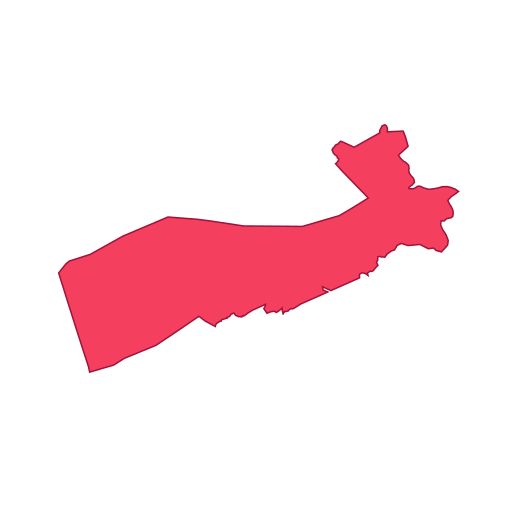 outline of Guadalupe de Ramírez, Oaxaca, Mexico, rotated 145°
{"feature_id": "50627088B13061406878483", "entity_name": "Guadalupe de Ramírez", "entity_type": "district", "adm_level": 2, "iso_a3": "MEX", "parent_name": "Mexico", "parent_adm1": "Oaxaca", "projection": "albers", "projection_center": [-98.186, 17.755], "detail": "fine", "context": "isolated", "style": "filled", "palette": "rose", "viewbox_px": 512, "rotation_deg": 145, "n_neighbors": 0, "source": "geoboundaries", "source_scale": "gbopen_adm2", "svg_char_len": 2771}
<svg xmlns="http://www.w3.org/2000/svg" viewBox="0 0 512 512"><g transform="rotate(145 256 256)"><path d="M340.5,239.4L337.3,239.3L335.0,232.0L329.8,221.6L328.9,222.4L327.2,223.4L325.9,223.3L324.3,223.2L322.9,223.3L321.9,222.6L321.0,223.3L320.7,223.5L315.2,221.7L315.1,222.2L312.3,221.7L310.7,222.2L309.5,222.7L308.8,222.3L307.3,222.3L306.8,221.6L306.8,219.2L305.1,216.4L302.5,214.2L301.3,215.0L300.5,213.9L299.3,213.7L295.4,213.9L293.8,213.8L289.9,213.6L276.0,211.0L277.7,209.3L279.8,208.4L279.9,202.8L276.1,201.9L273.1,200.5L272.4,199.7L272.0,199.3L272.0,198.4L271.8,198.1L269.4,197.9L266.2,198.1L265.9,197.9L264.6,198.4L265.8,195.9L266.3,195.3L266.4,194.0L267.6,192.7L264.6,194.1L264.5,193.8L263.6,193.5L262.7,193.1L262.0,192.9L261.5,192.7L261.0,192.5L260.3,192.8L259.1,192.9L257.8,193.1L256.8,191.9L255.2,191.4L246.8,191.0L224.8,186.7L217.9,185.4L220.5,189.7L219.1,192.6L214.5,184.7L183.7,178.7L181.7,181.7L178.6,181.4L176.4,178.7L175.4,175.8L174.4,178.2L170.9,178.0L170.1,177.0L168.3,176.7L165.0,177.7L161.4,178.5L161.0,181.7L158.5,182.8L158.2,183.5L156.7,185.5L154.6,184.6L154.1,183.4L151.6,181.8L151.3,181.1L147.8,182.2L147.3,182.4L147.1,182.4L142.4,182.5L139.1,181.5L134.2,183.7L129.7,182.9L125.5,177.4L115.1,171.4L110.7,163.1L106.0,160.7L105.3,157.2L101.8,153.0L96.1,154.2L92.7,155.1L89.6,158.5L88.2,164.2L87.9,171.3L86.8,175.8L84.2,178.6L81.6,176.7L80.4,177.0L79.0,177.3L76.9,176.6L76.6,176.4L76.2,176.3L74.1,175.4L72.1,175.6L70.7,177.0L69.2,179.0L68.3,181.2L67.7,185.0L67.6,187.8L67.6,188.0L67.3,189.7L67.0,191.5L65.3,192.0L62.2,192.6L55.4,192.6L55.2,192.6L53.5,192.7L53.1,192.7L54.4,196.4L57.5,201.0L59.8,203.4L63.8,206.0L67.2,207.1L70.7,208.6L76.1,211.4L79.6,215.6L81.5,219.1L83.5,220.4L86.6,220.4L89.1,221.1L91.9,223.4L91.9,224.1L90.9,224.6L87.3,224.6L84.0,225.4L82.8,227.7L82.5,229.4L82.9,233.1L82.9,235.9L81.6,238.7L80.9,239.7L80.4,239.9L78.9,242.7L79.4,245.7L79.8,247.2L80.7,248.8L81.5,252.6L81.5,256.6L81.4,256.9L68.5,258.6L65.3,267.6L63.8,273.9L72.4,279.4L75.2,281.1L76.5,281.9L77.3,282.5L75.7,284.3L75.1,285.5L74.7,286.6L74.6,288.1L75.2,289.6L77.9,290.3L81.0,288.7L82.5,288.0L84.1,285.9L107.2,288.2L113.2,288.8L118.9,298.5L119.9,300.2L120.9,301.5L125.4,300.7L126.1,301.2L127.7,301.2L129.0,300.4L130.6,300.4L131.3,299.9L132.1,299.8L132.8,299.3L133.6,296.0L133.2,293.3L132.3,291.3L133.1,289.9L132.5,288.1L133.6,287.1L136.1,286.1L137.9,286.0L136.8,276.7L130.8,239.1L147.7,240.0L158.5,240.8L164.6,241.3L201.0,253.6L231.9,275.6L248.8,287.6L274.7,312.2L283.0,319.7L305.7,338.4L306.1,338.5L353.4,348.6L390.8,352.4L412.1,359.0L413.9,358.8L416.1,358.6L427.4,355.3L437.3,324.0L444.4,301.4L452.4,275.5L456.8,261.1L458.9,256.3L447.0,252.3L435.3,248.3L422.5,247.7L389.1,240.2L365.8,239.7L340.5,239.4Z" fill="#f43f5e" stroke="#9f1239" stroke-width="1.5"/></g></svg>